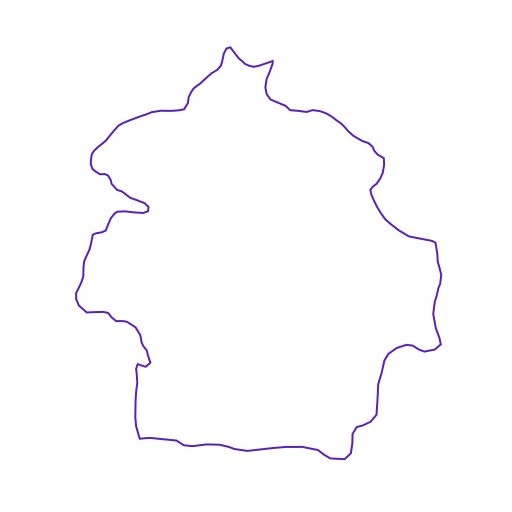 the district of Kanowit, Sarawak, Malaysia, rotated 175°
{"feature_id": "92858781B72543714708514", "entity_name": "Kanowit", "entity_type": "district", "adm_level": 2, "iso_a3": "MYS", "parent_name": "Malaysia", "parent_adm1": "Sarawak", "projection": "robinson", "projection_center": [112.256, 1.947], "detail": "fine", "context": "isolated", "style": "outline", "palette": "violet", "viewbox_px": 512, "rotation_deg": 175, "n_neighbors": 0, "source": "geoboundaries", "source_scale": "gbopen_adm2", "svg_char_len": 2557}
<svg xmlns="http://www.w3.org/2000/svg" viewBox="0 0 512 512"><g transform="rotate(175 256 256)"><path d="M222.4,448.7L236.9,445.2L241.8,444.7L246.2,446.1L250.1,448.2L252.0,450.5L255.9,454.4L259.0,459.1L263.4,466.1L267.3,465.3L270.4,460.5L272.5,453.5L274.3,448.8L278.2,444.9L284.7,441.7L291.0,437.0L296.2,432.9L300.3,430.5L303.7,428.2L306.3,424.9L309.2,420.2L310.5,414.3L314.9,408.4L319.3,407.9L325.3,407.9L330.8,408.2L337.8,409.0L347.1,408.4L353.9,406.4L359.1,405.2L365.6,403.4L370.5,402.0L376.5,400.2L381.7,397.8L386.1,393.7L391.6,388.1L395.5,384.0L399.7,381.1L401.5,379.9L403.8,378.4L408.2,374.9L410.6,371.9L411.9,366.9L412.6,361.9L411.3,356.9L408.2,354.0L404.3,351.0L399.4,350.8L396.3,349.0L393.9,343.7L393.7,340.7L388.7,334.0L383.8,331.9L376.2,324.9L370.8,322.5L362.5,318.4L358.8,314.3L359.6,310.1L364.3,308.7L370.0,309.5L375.5,310.4L382.5,311.9L390.3,312.2L393.4,310.4L397.3,306.3L399.4,302.5L403.5,294.5L407.2,293.1L413.7,292.5L416.8,291.3L419.4,282.2L421.5,276.6L425.1,270.4L427.7,265.4L428.8,260.1L429.8,250.7L432.4,244.8L435.3,239.8L438.4,234.8L438.9,228.6L436.8,222.1L429.5,214.5L422.5,214.2L412.9,213.6L408.2,212.1L405.4,207.7L400.9,203.3L396.8,203.0L396.3,203.0L392.6,202.4L390.0,201.5L387.4,199.5L382.2,195.4L378.1,187.1L377.5,179.8L376.0,175.9L373.1,171.5L372.3,166.5L370.5,158.9L375.5,155.3L379.4,156.8L383.3,158.6L385.3,153.9L385.1,149.2L385.3,140.3L387.2,131.2L388.5,123.0L390.3,105.9L390.3,97.1L388.7,88.8L387.7,84.1L377.8,84.1L351.3,79.1L344.5,73.8L335.9,72.1L321.6,72.6L308.9,71.2L299.8,68.2L294.3,65.6L281.6,62.6L256.4,63.2L243.1,63.2L226.5,61.8L211.2,57.3L205.4,52.0L199.7,47.9L185.4,45.9L184.4,46.7L178.7,51.2L176.3,61.2L175.3,70.3L170.6,76.8L164.4,77.9L156.3,80.9L149.8,87.4L147.7,100.9L145.4,117.7L141.2,128.2L137.2,140.7L132.7,146.9L123.9,152.1L113.8,154.4L107.8,153.1L101.8,148.6L96.6,146.1L86.1,147.2L79.6,151.8L80.4,158.3L83.2,168.6L83.8,175.3L84.5,182.7L81.9,194.8L79.6,200.4L77.0,208.3L74.9,212.4L73.1,221.3L74.1,227.4L75.4,234.5L75.2,242.4L76.0,253.6L79.3,255.7L89.5,258.6L102.0,262.2L111.6,269.2L118.3,275.4L123.8,281.0L128.2,288.4L131.3,294.8L133.7,301.0L135.8,307.5L136.3,311.9L133.7,314.8L129.5,317.5L125.6,322.2L122.5,327.8L120.4,335.7L120.1,342.2L126.1,346.6L129.0,350.5L130.5,354.9L134.2,358.7L140.2,361.4L148.5,367.2L153.4,372.5L156.8,377.2L160.2,381.1L163.8,384.0L168.2,388.1L172.7,391.4L177.3,393.7L180.2,394.9L187.0,396.4L193.0,395.1L201.2,396.9L209.3,398.3L213.3,402.9L228.0,410.7L231.2,416.2L232.0,423.1L230.0,431.4L226.3,438.3L222.7,446.1L222.4,448.7Z" fill="none" stroke="#5b21b6" stroke-width="2"/></g></svg>